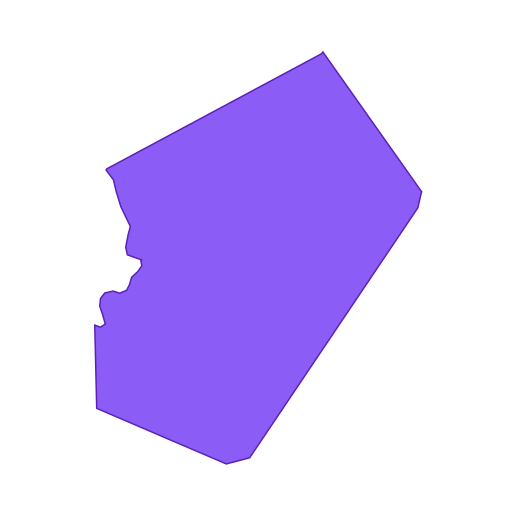 Mocha, Soufrière, Saint Lucia (Albers equal-area conic projection), rotated 276°
{"feature_id": "8701671B91684501452899", "entity_name": "Mocha", "entity_type": "district", "adm_level": 2, "iso_a3": "LCA", "parent_name": "Saint Lucia", "parent_adm1": "Soufrière", "projection": "albers", "projection_center": [-61.025, 13.831], "detail": "fine", "context": "isolated", "style": "filled", "palette": "violet", "viewbox_px": 512, "rotation_deg": 276, "n_neighbors": 0, "source": "geoboundaries", "source_scale": "gbopen_adm2", "svg_char_len": 620}
<svg xmlns="http://www.w3.org/2000/svg" viewBox="0 0 512 512"><g transform="rotate(276 256 256)"><path d="M87.8,113.5L64.5,188.7L46.1,248.2L54.7,270.8L320.8,411.9L336.9,413.9L337.1,414.1L465.2,301.8L465.9,301.2L463.8,299.7L327.1,98.5L325.8,97.9L316.8,106.3L305.6,110.2L290.8,116.5L272.2,128.0L264.7,126.7L251.1,125.5L243.7,128.0L241.2,138.2L240.2,142.7L239.2,142.0L234.2,143.5L227.8,139.8L222.0,134.6L214.1,133.1L208.4,130.9L204.8,124.3L206.2,117.6L203.4,109.5L197.6,105.8L189.8,105.8L181.9,109.5L172.6,113.2L169.0,108.8L170.4,102.9L166.3,103.4L87.8,113.5Z" fill="#8b5cf6" stroke="#5b21b6" stroke-width="1.5"/></g></svg>